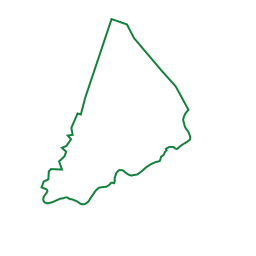 Perry, Missouri, United States of America (Mercator projection), rotated 109°
{"feature_id": "52423323B47197151820416", "entity_name": "Perry", "entity_type": "district", "adm_level": 2, "iso_a3": "USA", "parent_name": "United States of America", "parent_adm1": "Missouri", "projection": "mercator", "projection_center": [-89.676, 37.736], "detail": "fine", "context": "isolated", "style": "outline", "palette": "green", "viewbox_px": 256, "rotation_deg": 109, "n_neighbors": 0, "source": "geoboundaries", "source_scale": "gbopen_adm2", "svg_char_len": 1701}
<svg xmlns="http://www.w3.org/2000/svg" viewBox="0 0 256 256"><g transform="rotate(109 128 128)"><path d="M113.5,178.3L130.6,177.0L130.7,180.4L146.3,181.6L152.5,178.1L154.8,182.5L157.2,178.2L165.0,180.4L168.3,184.0L170.5,178.7L175.7,178.9L182.0,182.3L188.8,176.9L191.9,187.4L194.9,188.7L202.5,186.6L206.0,190.2L212.3,190.4L212.3,188.8L212.4,188.3L212.4,185.8L212.6,185.0L212.9,184.4L213.8,183.7L214.6,183.6L215.8,183.9L220.4,185.3L222.7,185.1L224.1,184.3L225.2,183.2L225.6,181.6L225.6,180.6L225.5,179.7L224.9,178.5L222.8,175.4L216.7,168.8L215.6,166.4L214.1,164.6L213.5,162.9L213.6,161.9L214.0,161.3L214.0,159.4L213.7,157.4L213.9,153.1L214.6,149.9L215.1,148.3L215.1,146.6L214.5,145.0L213.8,143.9L212.2,142.6L211.1,141.9L209.5,141.2L207.4,140.9L199.2,138.6L197.2,137.9L194.4,136.4L193.2,134.8L192.1,132.6L190.5,129.2L188.8,127.9L187.0,126.7L185.9,126.5L185.0,125.7L184.8,125.0L184.9,123.5L184.7,123.2L182.5,123.2L181.4,123.6L179.8,124.4L176.3,124.3L175.1,124.5L172.5,123.7L171.1,122.9L170.4,122.1L170.3,121.6L169.7,119.4L170.2,117.7L170.9,116.1L171.7,113.4L172.0,111.5L171.9,109.5L171.7,108.8L170.9,107.9L169.2,104.5L167.9,103.4L166.9,102.6L165.4,101.6L161.4,99.2L159.6,98.3L155.3,95.0L151.8,91.5L150.9,90.3L149.8,88.4L148.8,87.2L145.9,87.2L144.7,87.4L143.7,86.9L142.4,85.8L141.4,85.4L138.8,85.3L137.2,84.6L136.5,84.2L135.3,85.4L133.1,83.4L132.4,82.5L131.2,79.2L131.4,78.2L132.0,77.1L131.9,75.1L131.5,74.4L130.2,73.9L127.3,72.1L120.8,66.9L118.9,65.7L118.3,65.6L116.4,66.1L113.0,68.7L111.8,70.0L109.0,73.8L107.6,75.1L103.0,78.1L101.7,78.7L98.3,78.8L95.5,78.4L91.3,76.9L91.1,76.8L73.1,96.5L63.1,114.5L40.9,151.8L30.4,162.7L30.4,179.0L113.5,178.3Z" fill="none" stroke="#15803d" stroke-width="2"/></g></svg>